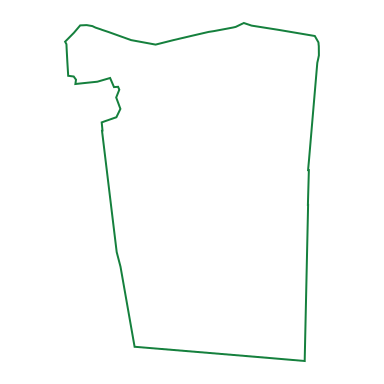 the district of Tal al-Kabir, al-, Al Isma`iliyah, Egypt
{"feature_id": "37247803B71444962307175", "entity_name": "Tal al-Kabir, al-", "entity_type": "district", "adm_level": 2, "iso_a3": "EGY", "parent_name": "Egypt", "parent_adm1": "Al Isma`iliyah", "projection": "equal_earth", "projection_center": [31.89, 30.417], "detail": "fine", "context": "isolated", "style": "outline", "palette": "green", "viewbox_px": 384, "rotation_deg": 0, "n_neighbors": 0, "source": "geoboundaries", "source_scale": "gbopen_adm2", "svg_char_len": 943}
<svg xmlns="http://www.w3.org/2000/svg" viewBox="0 0 384 384"><path d="M102.0,130.7L116.7,252.1L120.5,266.7L134.6,346.8L135.0,346.8L270.7,358.1L304.7,361.0L304.7,360.3L308.1,204.9L307.9,204.9L308.7,176.2L308.9,169.1L308.9,169.3L308.0,171.1L309.1,158.8L317.3,62.8L318.1,59.3L318.9,55.4L318.8,46.2L318.7,45.2L318.6,44.6L318.6,44.4L318.6,43.9L318.4,42.3L314.8,36.0L278.8,29.9L251.5,25.6L249.5,24.9L243.8,23.0L235.7,26.9L233.1,27.5L225.7,28.9L213.9,31.1L208.7,31.9L191.4,35.9L189.3,36.4L173.9,40.0L155.6,44.6L131.1,40.1L108.5,32.0L101.9,29.8L100.9,29.4L95.8,27.7L95.5,27.6L92.4,26.1L86.7,25.1L80.2,25.4L73.9,32.8L65.1,41.7L65.4,42.2L65.9,43.2L66.4,44.1L66.5,45.3L66.5,45.7L66.7,49.9L67.4,62.8L68.2,75.8L73.7,76.5L76.0,79.7L75.4,84.0L82.9,83.2L97.4,81.7L110.1,78.0L114.0,87.1L118.1,86.8L119.3,89.7L116.2,97.5L118.9,104.8L120.4,108.9L116.4,117.2L105.0,121.2L101.7,122.4L102.5,130.6L102.0,130.7Z" fill="none" stroke="#15803d" stroke-width="2"/></svg>